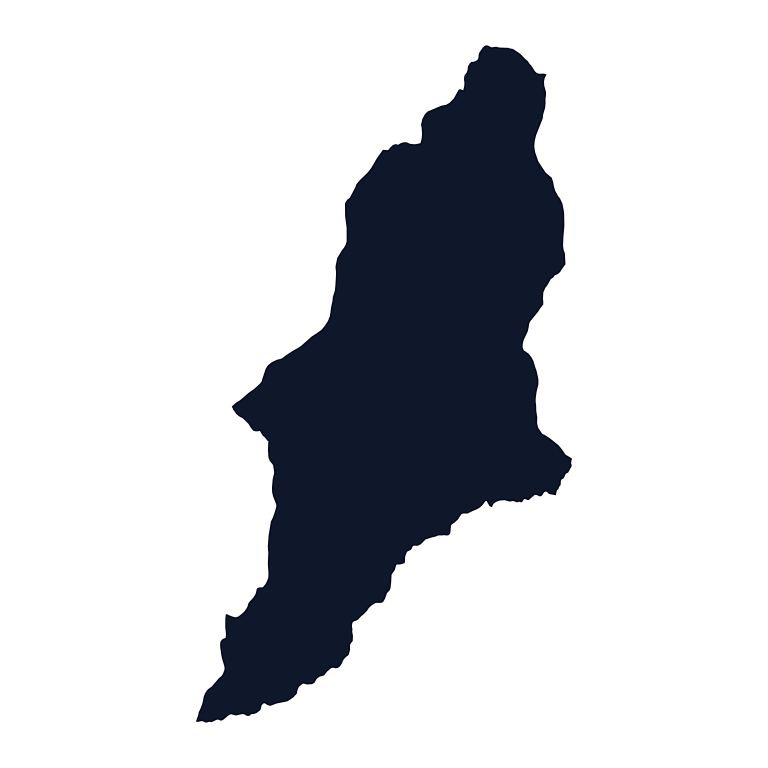 the district of Macaravita, Santander, Colombia
{"feature_id": "7082276B90851021474579", "entity_name": "Macaravita", "entity_type": "district", "adm_level": 2, "iso_a3": "COL", "parent_name": "Colombia", "parent_adm1": "Santander", "projection": "equal_earth", "projection_center": [-72.593, 6.513], "detail": "fine", "context": "isolated", "style": "filled", "palette": "ink", "viewbox_px": 768, "rotation_deg": 0, "n_neighbors": 0, "source": "geoboundaries", "source_scale": "gbopen_adm2", "svg_char_len": 6076}
<svg xmlns="http://www.w3.org/2000/svg" viewBox="0 0 768 768"><path d="M571.1,458.9L564.9,455.1L561.5,450.1L558.0,445.8L549.4,438.9L544.5,435.7L541.7,434.4L537.7,428.5L536.8,425.8L536.3,423.0L536.5,417.5L535.5,410.7L535.4,405.9L534.9,401.6L535.0,397.9L535.9,391.4L537.6,384.4L537.7,380.1L537.0,376.3L535.9,371.3L534.3,366.7L532.7,361.2L530.9,357.9L528.1,354.3L524.4,351.6L523.2,351.1L521.8,347.3L522.0,343.9L522.7,340.8L523.2,339.2L527.1,331.0L528.0,326.6L528.3,324.3L528.9,322.2L529.8,320.7L537.7,311.0L539.4,308.2L542.5,304.2L542.5,301.6L542.2,298.5L542.6,292.2L544.7,287.3L546.2,285.6L547.6,283.3L550.2,278.5L551.5,277.8L553.1,276.5L554.4,274.4L555.9,274.1L557.9,273.1L559.7,271.3L561.7,268.1L564.7,264.0L564.1,253.3L562.9,250.2L562.3,245.9L562.6,237.6L563.6,225.7L563.4,213.9L563.0,210.5L561.7,203.9L559.4,198.9L557.8,197.0L554.4,190.9L553.2,186.6L552.4,182.2L551.0,178.1L545.2,173.3L537.6,161.8L534.4,152.4L533.5,146.6L534.0,140.5L535.5,134.7L542.0,118.3L542.3,114.8L544.4,107.6L544.8,103.0L544.7,98.5L545.3,95.1L545.2,92.0L543.5,85.7L543.2,81.5L544.0,77.8L545.5,74.9L544.0,74.4L538.5,74.5L536.4,73.6L534.9,72.4L533.7,70.9L532.2,68.4L530.6,66.0L529.4,64.9L527.3,61.7L524.8,59.6L519.9,54.5L513.7,50.3L512.0,49.5L510.1,49.3L508.3,48.6L499.3,48.3L496.0,47.5L491.6,48.1L490.0,47.7L489.4,47.0L487.0,46.1L485.6,46.2L484.0,47.4L483.2,48.3L480.1,52.8L479.4,55.0L479.2,58.1L478.3,60.1L476.9,61.2L474.4,62.4L471.6,62.7L470.2,64.1L469.2,65.8L468.6,67.1L468.4,69.5L467.8,71.9L466.8,73.9L465.5,75.1L464.8,77.6L464.8,80.1L465.1,81.7L465.1,84.6L464.9,86.5L464.0,90.4L463.5,91.4L460.5,90.0L459.9,90.0L459.1,90.5L454.5,98.8L450.1,103.4L446.4,105.5L441.7,106.4L428.1,112.1L425.6,114.6L423.1,119.1L421.8,124.8L422.4,127.6L422.8,133.7L422.5,138.4L421.1,143.8L416.2,144.9L413.8,145.0L409.7,144.5L406.4,143.0L403.4,143.1L400.8,144.0L398.3,145.6L395.5,144.9L393.3,145.7L390.8,148.0L388.4,151.0L383.3,150.6L377.8,158.2L371.8,168.5L367.9,173.4L360.4,180.7L357.2,184.4L355.8,188.0L350.4,198.3L347.9,200.1L346.0,202.9L345.7,204.2L345.9,216.4L347.4,227.8L347.4,241.7L346.4,244.9L344.5,248.3L342.6,250.6L338.0,258.2L336.4,265.8L336.3,267.7L336.8,272.1L336.7,276.2L336.1,286.0L335.6,290.8L333.6,297.1L333.2,301.3L331.9,307.1L330.7,316.1L328.7,321.2L325.1,326.7L322.1,330.3L317.3,333.8L312.3,337.0L301.8,346.3L298.3,348.7L293.6,351.2L285.9,356.3L282.2,359.2L277.2,360.5L275.3,361.4L272.0,363.0L268.5,365.8L266.4,369.1L262.9,379.6L262.5,381.6L260.6,384.1L254.3,389.8L249.4,393.2L240.3,401.0L236.6,403.2L232.7,406.7L233.5,408.1L234.0,409.6L235.5,411.3L236.5,413.1L239.3,415.6L243.3,417.7L247.2,421.5L249.2,423.5L251.0,426.6L253.6,430.0L255.8,430.6L258.2,430.5L259.8,430.1L260.4,430.3L263.3,435.1L265.4,436.8L268.0,440.2L269.1,440.6L268.7,450.1L269.0,453.7L269.0,455.6L269.3,457.7L270.5,460.7L273.1,463.7L273.9,465.1L274.9,472.0L274.8,473.5L273.4,479.6L272.7,487.9L272.9,492.3L273.8,496.1L276.6,503.3L277.1,505.1L276.9,507.5L275.2,513.2L273.4,518.2L271.6,521.9L269.3,536.2L268.6,546.6L268.8,550.2L269.1,552.0L268.6,563.6L269.2,573.0L269.1,577.4L268.1,580.6L266.7,583.5L265.9,584.8L263.8,587.3L262.7,588.2L259.6,588.1L257.9,588.8L257.4,589.5L256.7,593.0L256.1,594.6L254.6,597.1L253.2,598.9L249.7,602.7L248.8,604.3L248.4,606.4L247.3,608.6L244.9,612.0L242.5,614.3L238.7,617.2L235.9,618.0L235.0,618.0L231.7,617.1L227.4,615.4L227.2,615.1L226.5,615.0L226.1,618.7L226.0,626.9L226.7,633.5L226.5,637.4L226.3,638.1L225.7,638.7L223.1,639.6L222.6,640.2L221.3,641.8L220.9,643.6L221.0,647.5L222.0,654.5L222.6,657.7L225.2,666.6L225.3,669.0L225.0,670.6L223.8,673.7L222.4,676.2L219.3,678.9L212.3,687.0L208.7,689.7L207.3,691.2L205.6,694.0L204.3,697.3L203.8,700.8L202.9,704.3L200.7,710.1L199.5,712.2L199.0,715.2L196.9,721.0L198.4,721.1L200.2,720.5L202.8,720.4L206.2,721.9L209.0,721.0L211.5,721.4L216.1,719.2L217.4,718.8L218.4,718.9L221.0,719.9L222.5,719.4L228.4,714.5L230.9,713.4L236.0,714.7L241.8,713.4L244.0,713.4L247.2,715.1L248.1,715.2L249.3,715.0L250.3,713.8L251.7,713.3L254.1,713.1L256.4,712.2L259.5,709.8L260.1,708.7L260.7,705.5L261.1,704.8L262.6,703.1L263.6,702.6L264.6,702.4L268.0,704.4L269.7,705.0L270.6,705.0L276.2,702.8L286.8,700.7L289.7,699.0L293.2,696.5L294.5,694.8L295.2,694.4L296.1,693.3L296.7,690.1L297.4,688.0L298.6,686.0L302.0,683.2L303.6,682.8L307.1,683.7L312.0,683.4L314.0,682.0L315.9,678.6L316.8,677.7L319.3,675.9L322.9,675.0L323.8,674.5L326.6,671.0L330.9,667.4L332.1,667.0L334.1,667.1L335.7,667.5L337.2,667.3L338.7,666.4L339.8,665.3L340.8,663.7L341.8,661.6L342.3,660.1L344.5,657.3L348.1,654.3L349.3,649.6L349.2,646.1L349.4,644.3L350.8,642.1L352.0,640.7L352.2,635.8L351.4,631.4L351.7,629.6L351.1,625.8L351.6,623.0L352.0,621.9L353.7,620.5L355.6,620.1L357.7,618.9L360.7,615.6L362.9,613.9L366.5,610.2L367.8,608.1L369.4,606.3L371.6,604.4L375.7,602.1L381.3,602.1L382.6,601.3L383.8,599.4L384.6,597.6L386.3,592.7L388.9,590.1L389.7,588.2L390.4,582.7L390.8,574.6L391.4,573.4L393.4,570.8L394.3,569.1L395.1,565.8L395.8,564.3L396.7,563.8L400.5,563.6L403.9,562.6L404.3,561.2L404.2,558.6L404.5,556.2L406.1,551.9L407.2,550.7L410.3,549.3L411.1,548.1L411.8,546.4L412.6,545.2L414.1,544.9L417.5,545.0L420.4,543.6L425.1,538.8L431.9,536.6L434.4,536.1L438.1,534.7L442.8,534.6L444.2,534.3L445.7,534.7L448.0,534.6L449.3,533.4L449.7,532.1L450.2,525.7L451.1,524.0L454.6,521.5L457.7,518.6L458.3,517.3L461.1,513.4L463.5,512.7L467.3,512.8L472.4,510.3L476.5,508.6L479.4,506.9L482.3,504.2L484.1,501.5L485.3,500.3L486.5,500.2L487.3,500.7L490.1,505.6L491.6,506.2L492.4,504.0L494.0,502.4L496.0,501.1L499.6,499.8L504.4,499.4L509.8,500.8L513.2,500.2L517.2,501.6L519.0,500.8L521.1,501.6L522.2,500.7L522.6,499.8L523.3,498.8L524.1,498.1L525.6,498.3L527.8,499.4L528.4,499.3L533.8,494.6L534.7,494.1L536.5,494.1L539.5,495.5L540.3,495.6L541.0,495.3L541.8,494.6L542.4,493.4L543.7,491.6L545.5,490.7L547.1,491.1L549.5,493.3L555.2,494.4L556.0,490.7L556.6,489.5L557.8,488.6L558.3,486.4L559.5,485.4L559.9,484.5L560.1,480.9L560.6,479.5L561.3,478.7L562.6,478.1L563.7,476.7L564.4,474.7L565.0,473.7L566.0,472.7L567.6,472.0L570.5,466.8L570.9,465.8L570.9,465.0L570.4,463.6L570.4,462.1L571.1,458.9Z" fill="#0f172a" stroke="#020617" stroke-width="1.5"/></svg>